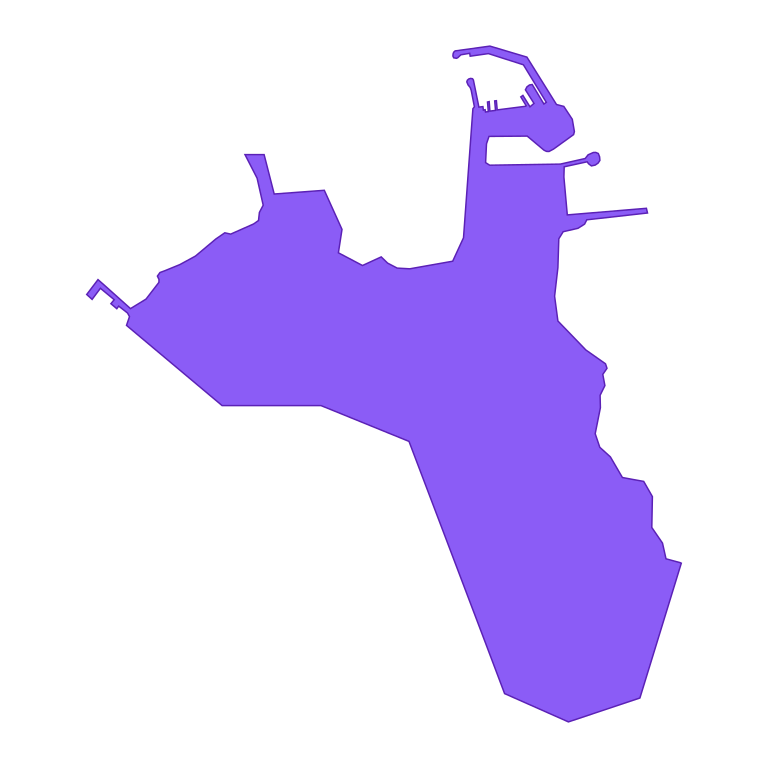 28, Qatar
{"feature_id": "91078587B7560813116985", "entity_name": "28", "entity_type": "district", "adm_level": 2, "iso_a3": "QAT", "parent_name": "Qatar", "parent_adm1": "", "projection": "natural_earth1", "projection_center": [51.577, 25.289], "detail": "fine", "context": "isolated", "style": "filled", "palette": "violet", "viewbox_px": 768, "rotation_deg": 0, "n_neighbors": 0, "source": "geoboundaries", "source_scale": "gbopen_adm2", "svg_char_len": 2055}
<svg xmlns="http://www.w3.org/2000/svg" viewBox="0 0 768 768"><path d="M681.3,563.2L680.3,562.7L666.0,558.8L662.5,543.1L651.8,527.5L652.4,496.6L643.7,481.4L632.6,479.4L622.4,477.5L610.4,456.9L599.8,447.3L595.2,433.7L600.4,407.7L600.1,395.3L604.9,385.6L602.8,374.4L607.0,368.3L605.5,363.8L585.9,350.0L557.9,321.0L554.6,296.2L557.9,267.6L558.8,238.8L563.2,231.7L578.0,228.3L584.6,224.1L586.8,219.8L647.5,213.0L646.4,208.3L567.3,214.9L563.9,177.0L564.2,166.8L587.1,161.8L588.6,163.8L591.4,165.9L595.2,165.1L598.1,163.1L599.9,160.4L599.6,156.8L598.3,153.5L595.7,152.4L593.3,152.5L588.1,154.8L585.2,158.5L560.3,164.1L489.7,165.2L485.6,162.6L486.5,143.8L489.0,136.4L527.2,136.1L544.0,150.2L546.5,151.4L549.0,151.5L553.5,149.1L573.6,134.6L574.4,131.6L572.3,119.3L563.8,106.4L556.5,104.5L526.9,57.1L489.9,46.1L455.1,50.9L453.7,52.2L453.1,53.8L452.9,56.0L453.7,57.8L456.5,58.3L457.8,57.7L459.8,55.8L460.9,54.8L469.7,53.3L470.2,56.2L488.4,53.6L523.4,64.8L546.3,102.3L543.9,104.0L532.2,84.5L529.4,85.0L526.9,86.9L525.4,89.8L534.0,103.4L530.0,106.8L522.9,95.4L520.8,96.9L526.2,105.8L525.4,106.3L497.2,109.9L496.4,100.7L494.7,100.9L495.5,110.4L489.9,111.1L489.2,101.6L487.5,102.0L488.3,111.6L485.5,112.0L485.1,109.7L483.4,110.1L482.9,106.6L478.9,107.1L473.4,80.0L472.5,78.7L470.6,78.4L468.7,79.0L467.3,80.3L466.8,81.9L468.1,85.0L470.2,87.5L471.2,90.3L474.4,106.8L472.9,108.7L463.5,237.8L452.7,261.2L409.8,268.8L397.2,268.1L387.6,263.1L381.2,256.9L362.5,265.5L338.4,252.8L342.0,229.4L324.3,190.3L274.2,194.0L264.1,154.6L245.0,154.6L257.1,178.2L263.2,205.2L259.4,212.4L258.5,220.5L253.5,224.0L230.7,234.1L224.8,232.8L215.8,239.0L195.4,256.1L179.8,264.6L164.9,270.7L160.0,272.5L157.4,276.1L159.0,279.5L158.9,282.4L146.0,299.1L130.5,308.6L105.7,286.4L98.0,279.6L86.7,294.5L92.1,299.4L100.4,288.3L104.4,291.6L114.2,299.7L110.9,303.7L116.8,308.7L118.7,306.1L127.5,313.0L129.5,316.6L126.5,325.4L222.1,405.6L321.0,405.6L409.0,441.4L447.5,542.8L485.2,642.2L504.6,693.6L568.4,721.9L639.9,698.0L661.9,626.4L681.3,563.2Z" fill="#8b5cf6" stroke="#5b21b6" stroke-width="1.5"/></svg>